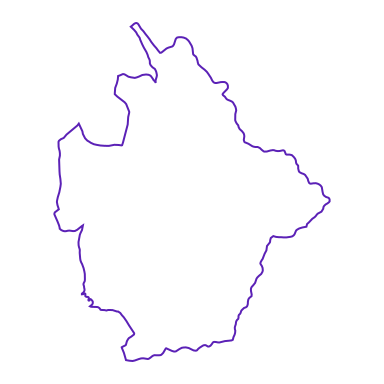 Meo Vac, Hà Giang, Vietnam
{"feature_id": "81297802B2489932619372", "entity_name": "Meo Vac", "entity_type": "district", "adm_level": 2, "iso_a3": "VNM", "parent_name": "Vietnam", "parent_adm1": "Hà Giang", "projection": "albers", "projection_center": [105.434, 23.152], "detail": "fine", "context": "isolated", "style": "outline", "palette": "violet", "viewbox_px": 384, "rotation_deg": 0, "n_neighbors": 0, "source": "geoboundaries", "source_scale": "gbopen_adm2", "svg_char_len": 5893}
<svg xmlns="http://www.w3.org/2000/svg" viewBox="0 0 384 384"><path d="M306.4,226.7L307.1,224.0L308.8,222.5L312.3,218.8L314.6,217.2L315.8,216.0L316.8,214.6L317.8,213.6L321.4,211.7L322.3,210.3L323.2,208.8L323.5,207.0L324.2,205.8L325.7,204.4L327.3,203.5L328.9,202.3L329.6,201.4L329.6,199.6L329.2,198.5L328.5,197.8L325.9,196.9L324.2,195.7L323.2,194.4L322.6,192.0L321.8,187.2L320.7,185.6L319.3,184.5L317.7,183.7L315.8,183.2L313.4,183.3L310.8,183.7L310.1,183.6L309.1,182.9L308.2,180.8L307.7,178.7L305.1,174.9L303.7,174.0L301.7,173.3L300.1,172.5L299.2,171.8L298.8,171.0L298.2,168.6L298.2,166.9L298.1,165.6L296.4,163.7L296.1,162.7L295.8,160.4L295.1,158.7L293.7,156.9L291.8,155.1L289.6,154.6L286.6,154.6L285.8,154.2L284.6,151.1L283.7,150.4L282.9,150.3L279.7,151.0L277.7,151.1L275.7,150.8L274.0,150.2L272.9,150.1L270.4,150.5L266.9,151.5L264.5,151.6L263.7,151.4L261.7,149.8L259.8,148.0L257.7,147.0L255.4,147.0L253.7,146.7L252.3,146.2L248.5,143.8L246.4,142.9L245.0,142.4L244.4,141.9L244.0,140.8L243.8,139.9L244.3,136.5L244.2,135.1L243.7,133.4L242.1,131.3L239.7,129.1L238.7,127.3L238.2,125.3L236.7,123.5L235.6,121.4L235.2,120.2L235.3,114.1L236.2,110.4L235.9,108.5L235.4,106.7L233.0,102.5L231.8,101.5L229.6,100.5L228.2,100.0L226.9,99.3L226.2,98.6L224.9,96.7L223.0,95.2L222.6,94.4L222.7,94.0L223.5,92.9L227.1,89.2L227.9,87.9L227.9,85.8L227.4,84.2L226.3,82.9L224.8,82.1L222.9,82.0L220.8,82.1L216.6,83.0L215.2,83.0L214.1,82.6L213.3,82.0L212.2,80.5L210.9,77.8L208.2,73.7L206.8,71.8L204.6,69.7L201.5,67.3L198.4,64.4L197.8,62.5L197.5,60.8L196.5,57.7L195.8,56.5L194.4,55.5L193.3,54.5L193.1,53.8L192.5,48.3L191.6,45.7L189.1,41.5L187.9,40.1L186.0,38.5L183.7,37.6L181.5,37.2L179.0,37.2L177.2,37.5L176.4,38.2L175.7,39.1L174.0,44.4L173.0,45.9L172.2,46.5L168.5,47.6L166.5,48.5L161.9,52.2L161.1,52.7L160.0,52.8L158.0,50.4L156.4,48.2L154.0,45.5L151.3,42.0L149.6,39.3L147.4,36.4L145.6,34.2L143.4,31.2L141.0,28.7L138.3,24.2L137.5,23.4L136.3,23.0L135.3,23.2L133.9,24.0L132.2,25.6L130.8,26.7L134.1,29.9L136.2,32.4L137.3,34.6L139.6,37.7L140.2,39.7L142.2,44.3L143.9,47.7L146.4,52.0L147.6,54.8L148.3,57.2L149.5,59.6L149.8,60.8L149.9,63.6L150.7,65.3L152.5,67.3L154.8,68.9L155.7,70.5L156.3,72.1L156.8,74.5L156.9,75.5L156.6,77.0L155.6,80.2L155.6,81.6L155.8,82.8L154.6,81.1L153.4,79.9L152.9,78.9L151.0,76.2L150.0,75.4L148.6,74.8L146.1,74.5L143.7,74.8L142.3,75.0L138.9,76.6L136.7,77.4L134.8,77.9L130.9,77.3L128.4,76.7L127.3,76.0L125.0,74.6L123.7,74.1L122.8,74.1L119.9,75.4L118.1,76.0L117.8,79.5L116.8,83.6L115.2,87.9L114.8,93.1L114.8,94.2L117.2,96.5L124.7,102.3L126.2,104.1L129.2,111.7L129.2,112.6L128.9,114.0L128.2,117.0L127.7,124.5L123.0,142.5L122.1,145.2L121.5,145.4L118.8,145.0L114.4,144.8L108.8,145.9L104.5,145.8L100.4,145.5L96.4,144.8L93.8,144.2L90.6,142.7L89.5,141.9L87.3,140.6L85.1,138.3L82.9,134.0L82.4,131.3L78.8,123.6L77.4,125.5L66.5,134.6L64.1,137.5L63.6,138.0L60.9,139.2L59.4,140.4L58.9,140.9L58.5,141.9L58.6,146.6L58.9,148.5L59.6,150.9L59.9,153.3L59.9,155.7L59.1,159.5L59.5,171.4L59.7,174.4L60.4,179.1L60.8,183.8L60.4,186.8L59.3,192.3L57.8,197.2L57.1,200.4L56.9,202.0L57.5,205.2L58.3,207.6L58.8,209.3L54.8,212.4L54.4,213.5L54.4,214.4L57.6,221.7L59.1,225.5L59.7,228.0L59.7,228.7L61.3,230.1L63.1,230.9L64.3,231.2L65.8,231.2L68.0,230.7L69.6,230.6L73.0,231.1L74.9,231.0L77.2,229.8L81.7,226.2L82.9,225.4L82.0,230.0L80.4,233.3L79.8,234.9L78.5,242.1L78.6,245.2L79.0,247.2L79.5,248.6L79.8,249.9L79.7,252.9L80.2,258.8L80.5,260.5L81.2,262.4L82.1,264.1L83.6,268.2L84.4,271.6L84.8,274.0L84.9,279.3L84.8,280.7L84.6,281.5L84.0,282.5L83.5,283.8L83.5,284.7L84.0,286.2L84.2,288.0L84.5,289.1L84.5,290.3L84.2,291.2L83.7,292.0L83.1,292.8L82.3,293.3L81.9,293.7L81.9,294.3L83.2,294.2L84.0,293.7L84.6,293.5L85.1,293.6L85.4,294.0L85.3,295.9L85.4,296.2L86.4,296.9L87.3,296.9L88.1,297.0L88.6,297.4L88.8,297.8L88.8,298.4L88.4,299.9L88.5,300.4L88.8,300.6L89.4,300.5L89.9,299.4L90.3,299.1L90.9,299.3L91.8,300.2L92.7,301.4L92.8,302.5L92.7,303.5L92.1,304.6L90.0,306.3L91.1,306.8L97.1,307.0L98.0,307.2L99.0,307.8L99.7,308.4L100.5,309.7L101.0,309.9L104.6,310.1L106.4,310.5L108.1,310.0L110.3,310.0L112.6,310.1L116.9,311.5L118.1,311.5L120.3,313.0L121.9,315.2L123.8,317.3L126.5,321.2L129.1,325.5L134.1,333.1L134.2,333.5L134.0,334.5L131.3,336.6L128.9,338.1L128.1,339.1L126.9,341.2L125.9,344.9L125.3,345.4L122.1,347.0L121.7,347.3L121.9,348.0L123.9,352.8L126.0,360.1L129.3,360.7L132.6,361.0L134.8,360.5L139.0,359.0L141.2,358.4L143.4,358.3L147.8,359.0L148.7,358.8L150.5,357.6L152.6,355.9L154.3,355.2L158.1,355.3L160.1,355.2L161.3,354.8L163.2,352.9L165.4,349.1L165.9,348.4L166.2,348.3L171.9,350.9L173.9,351.5L175.1,351.5L176.0,351.3L179.2,349.2L181.8,347.8L183.7,347.5L185.8,347.4L188.7,348.0L191.9,349.6L193.6,350.4L195.5,350.7L196.3,350.6L197.0,350.3L198.1,349.0L199.5,347.8L202.9,345.6L204.0,345.2L205.1,345.1L205.9,345.3L207.9,346.5L209.0,346.5L210.5,345.7L211.9,344.0L212.8,342.6L213.4,342.1L214.1,341.9L215.9,342.0L217.8,342.4L219.3,342.5L224.9,341.1L229.1,340.7L231.6,340.4L232.8,339.8L233.5,337.1L234.6,334.7L235.1,332.9L235.3,330.7L234.9,329.2L234.8,327.6L235.0,326.6L235.8,324.2L236.0,322.2L236.3,321.2L237.0,320.0L238.2,318.9L238.5,317.7L238.5,316.2L238.7,315.4L239.0,314.8L240.0,313.9L240.5,313.1L241.3,310.7L242.2,309.7L244.0,308.0L246.1,307.2L247.0,306.4L247.4,305.5L247.8,304.1L247.9,301.7L248.3,299.6L248.8,298.6L249.5,297.8L251.5,296.2L251.7,294.5L251.0,291.1L250.9,289.0L251.3,287.6L251.8,286.8L253.1,285.4L255.1,282.9L256.5,278.7L257.3,277.5L259.0,275.8L261.2,274.0L262.5,271.7L262.8,270.4L262.6,268.0L261.9,266.1L260.8,264.4L260.4,263.7L260.4,263.2L260.7,262.1L261.8,260.1L262.6,259.0L264.6,253.8L266.4,250.4L267.0,246.0L269.9,242.4L270.1,241.5L270.2,240.2L270.8,238.0L273.3,236.1L276.0,236.9L279.0,237.2L281.2,237.2L283.6,237.4L286.4,237.4L290.6,236.8L292.4,236.3L293.7,235.3L294.3,234.6L294.7,233.9L295.8,231.2L296.2,230.4L296.9,229.8L298.9,228.6L300.3,228.1L302.3,227.5L306.4,226.7Z" fill="none" stroke="#5b21b6" stroke-width="2"/></svg>